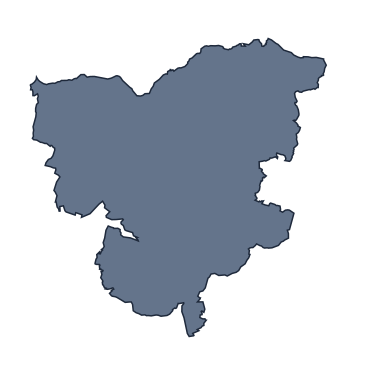 outline of Unguras, Cluj, Romania, rotated 82°
{"feature_id": "2599482B84898659298862", "entity_name": "Unguras", "entity_type": "district", "adm_level": 2, "iso_a3": "ROU", "parent_name": "Romania", "parent_adm1": "Cluj", "projection": "mercator", "projection_center": [24.051, 47.095], "detail": "fine", "context": "isolated", "style": "filled", "palette": "slate", "viewbox_px": 384, "rotation_deg": 82, "n_neighbors": 0, "source": "geoboundaries", "source_scale": "gbopen_adm2", "svg_char_len": 5925}
<svg xmlns="http://www.w3.org/2000/svg" viewBox="0 0 384 384"><g transform="rotate(82 192 192)"><path d="M63.6,337.2L66.1,336.8L68.3,337.6L68.6,335.9L70.6,335.6L74.4,336.1L74.7,334.7L73.3,331.3L75.8,330.9L78.1,332.1L82.2,331.8L83.6,333.7L87.5,335.2L90.8,335.7L91.7,335.2L95.8,336.2L105.3,340.3L108.8,340.2L111.6,341.1L114.9,341.3L116.6,342.6L118.1,341.6L119.0,338.5L121.7,335.1L122.0,333.7L123.6,330.7L123.5,329.8L123.8,329.1L127.0,326.1L126.2,325.1L126.5,324.4L128.6,323.1L129.4,321.9L131.5,322.1L136.8,324.7L139.0,326.8L139.8,329.7L142.7,332.5L145.3,333.7L147.2,328.7L148.8,326.0L149.4,323.8L151.1,323.7L154.3,325.3L156.7,322.0L158.7,320.7L163.3,324.7L171.3,328.5L172.9,327.5L176.8,326.2L182.9,328.7L183.0,327.9L188.2,327.6L190.0,326.5L192.5,326.2L192.5,325.3L188.0,324.9L187.8,321.3L192.9,320.4L194.2,319.5L198.6,310.9L196.3,310.0L196.7,309.0L199.3,304.1L201.7,305.0L199.3,296.0L191.0,285.7L188.7,281.8L192.9,280.0L195.4,280.8L200.1,276.2L203.5,280.4L205.2,280.3L208.2,275.4L208.7,271.0L209.0,264.4L209.9,263.9L211.8,266.4L212.9,266.7L214.0,266.4L215.6,264.7L220.1,263.8L221.1,262.6L223.9,256.5L227.2,256.0L229.4,252.4L229.6,253.8L232.0,252.2L233.0,252.0L228.9,259.3L226.9,266.3L224.4,268.6L222.7,268.0L220.9,268.8L219.2,268.4L217.6,270.5L217.2,274.5L216.6,274.6L215.5,277.1L214.0,279.7L217.9,282.5L225.5,284.9L229.8,287.0L233.7,286.5L235.5,288.0L236.3,289.6L237.1,288.7L238.1,290.0L240.5,291.4L240.3,292.4L238.5,292.0L240.7,295.0L243.7,295.1L245.2,296.4L249.0,297.9L249.6,298.0L250.3,297.0L250.9,293.7L251.7,293.4L252.2,294.0L254.9,294.1L255.5,293.3L255.8,293.9L257.3,291.1L258.3,291.6L258.2,293.1L261.0,292.7L264.2,294.3L267.2,292.8L268.5,292.8L268.8,293.4L271.4,293.4L271.9,292.8L274.6,292.0L275.3,290.5L275.9,291.3L276.6,289.3L276.5,286.7L275.9,283.7L277.3,283.0L278.2,285.5L278.9,285.1L280.9,287.8L283.4,286.3L284.1,285.5L285.1,282.4L286.1,280.8L292.0,273.5L292.2,269.1L292.5,267.4L295.1,266.5L301.4,266.7L303.8,264.1L305.1,261.5L306.9,259.1L307.1,255.7L308.1,254.3L308.3,252.2L309.0,249.6L308.8,244.7L309.3,242.6L310.7,240.0L310.8,233.9L309.8,231.1L306.8,227.6L305.8,227.7L304.5,225.3L305.0,224.3L304.5,223.4L300.4,221.2L300.7,220.6L300.5,215.7L301.4,215.7L303.4,217.8L309.1,218.7L315.4,217.4L331.4,216.3L334.7,214.9L334.6,210.4L334.2,210.0L332.1,211.0L330.3,204.5L328.9,206.0L327.6,201.9L326.2,200.6L325.8,198.8L323.7,198.6L320.9,195.7L320.6,196.5L319.4,196.8L319.2,198.9L317.4,201.7L314.9,201.0L314.9,199.2L314.2,198.9L311.6,199.5L311.2,198.8L312.8,197.0L309.8,195.6L302.3,196.5L301.6,201.9L299.0,198.9L298.1,198.5L298.1,198.9L296.0,200.8L291.9,198.2L291.5,195.0L288.8,192.2L279.6,188.2L278.5,186.5L275.9,184.6L275.8,180.7L278.4,177.1L278.7,171.0L280.1,168.8L278.2,163.5L277.7,159.5L276.3,156.7L273.0,154.2L270.5,149.4L267.3,147.2L265.1,145.0L261.9,143.3L261.4,144.3L257.8,143.3L256.3,144.1L255.5,142.7L255.3,141.0L255.5,139.4L253.7,136.6L252.4,135.3L254.6,132.1L255.1,130.7L256.9,129.3L257.6,127.9L257.7,125.4L258.2,124.1L258.4,120.5L256.9,113.8L253.9,110.6L253.4,108.4L252.5,107.0L251.1,102.9L246.5,102.3L243.1,102.9L242.8,100.7L227.2,94.0L223.5,98.1L223.0,99.7L223.0,102.1L224.6,105.1L222.9,107.5L221.5,106.7L218.2,106.8L217.2,109.3L217.1,110.5L215.9,111.6L213.9,115.7L214.3,116.6L216.3,117.9L215.0,121.4L213.3,124.4L210.8,122.6L210.9,123.5L210.5,124.0L211.3,125.2L210.4,126.4L211.1,127.1L208.9,130.7L207.8,128.8L207.1,128.5L204.3,129.9L204.1,129.5L202.1,129.6L201.5,127.0L199.5,125.0L195.9,123.9L194.8,124.1L190.6,122.0L191.0,121.4L190.4,120.6L187.8,120.2L187.3,119.2L188.0,118.7L187.8,118.3L186.4,116.2L183.8,118.9L182.8,119.0L181.4,120.3L180.6,120.2L180.2,119.4L179.4,119.4L177.9,121.4L177.9,122.0L171.4,121.3L171.3,117.6L171.0,116.1L171.6,114.6L170.4,110.7L169.2,110.0L169.5,108.4L168.8,104.5L170.7,102.8L169.1,102.2L168.6,102.9L166.2,103.1L165.2,102.5L167.3,98.7L167.8,96.7L169.1,95.0L171.8,94.4L173.2,94.9L173.8,95.6L175.2,91.2L174.5,89.9L171.6,88.0L170.8,88.1L168.0,86.0L167.1,86.4L166.1,85.7L165.2,85.9L164.4,85.1L162.7,85.2L160.1,81.3L159.0,80.6L154.3,81.2L152.4,80.6L149.1,80.7L148.0,78.6L145.9,76.9L143.2,75.7L141.4,78.0L140.6,77.7L138.3,78.9L135.3,81.6L135.1,80.7L135.5,79.3L134.9,78.5L131.1,75.6L129.7,75.2L125.3,75.3L121.4,76.3L120.5,77.3L118.4,77.9L117.7,77.5L118.0,76.3L116.7,75.3L112.6,76.6L108.6,76.7L107.1,75.4L106.6,73.0L107.9,71.8L108.5,69.5L107.6,67.9L106.9,61.7L107.0,60.8L107.3,60.7L106.6,56.8L107.4,55.9L105.9,53.4L106.1,52.5L103.0,51.9L101.2,52.8L98.7,51.2L97.4,51.1L96.4,50.1L95.5,47.8L94.7,47.6L95.0,46.3L94.5,45.4L93.3,45.7L91.3,44.4L88.1,43.4L85.1,41.4L79.6,43.3L78.6,43.1L76.0,50.2L75.6,54.7L74.3,58.2L73.5,62.9L74.4,63.0L74.3,65.8L73.1,68.4L70.5,72.2L67.8,74.2L64.2,81.5L57.8,86.3L56.5,88.2L52.5,92.1L50.6,95.2L51.9,95.9L52.8,97.3L54.4,97.3L55.0,98.3L55.4,97.9L56.2,98.1L56.9,100.2L57.7,100.6L57.7,101.1L57.2,102.6L54.9,102.5L52.3,104.3L50.5,104.6L50.2,105.6L50.1,109.7L51.7,111.3L54.1,115.2L52.3,120.5L55.0,119.0L54.3,122.9L52.0,122.8L51.9,124.4L52.7,125.5L53.1,127.2L53.7,128.1L54.2,131.6L55.4,132.5L55.9,134.2L55.6,135.0L56.2,136.0L54.9,139.7L54.0,140.9L53.2,140.8L52.2,141.6L50.6,145.2L50.5,148.7L49.7,153.2L50.0,155.5L49.3,157.2L49.4,159.1L51.5,163.1L54.5,163.8L55.9,165.1L55.5,166.8L55.7,168.3L59.3,173.3L60.0,175.9L61.8,176.8L62.8,178.2L64.2,178.3L66.7,181.5L67.6,185.7L67.3,186.9L67.4,188.7L69.8,193.1L68.4,193.9L68.9,195.9L67.8,196.0L67.7,196.5L68.4,196.8L69.3,199.3L71.8,200.0L71.4,201.4L72.1,204.1L75.9,208.7L78.8,214.1L81.9,215.7L84.2,218.0L88.5,220.5L88.1,224.9L89.5,227.3L89.8,229.7L89.0,233.2L83.5,236.6L81.3,237.2L79.6,239.1L72.0,245.2L68.5,246.9L67.3,248.1L66.5,249.9L66.4,250.9L68.0,256.0L68.4,259.7L64.0,272.6L63.5,276.8L63.7,279.8L60.7,282.3L60.3,285.7L63.6,290.6L63.3,291.5L63.5,293.0L64.6,295.4L63.7,298.3L64.1,300.1L63.4,305.8L64.3,307.4L64.2,309.5L65.3,312.5L64.8,314.9L64.9,319.1L65.4,320.9L64.1,324.0L61.2,327.5L59.5,328.8L56.6,330.0L58.9,330.6L61.2,332.7L62.9,335.4L63.1,336.6L63.6,337.2Z" fill="#64748b" stroke="#1e293b" stroke-width="1.5"/></g></svg>